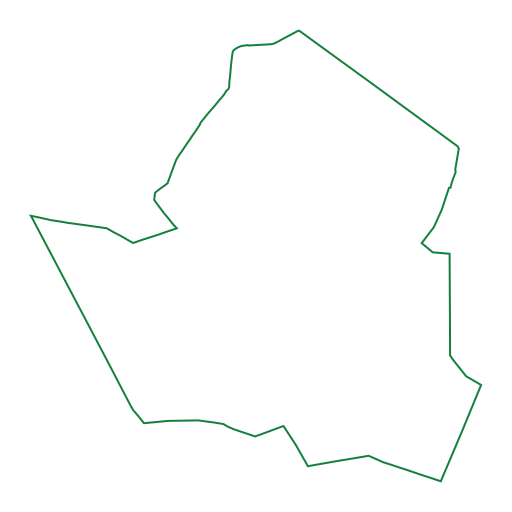 the district of Macea, Arad, Romania
{"feature_id": "2599482B60932360253726", "entity_name": "Macea", "entity_type": "district", "adm_level": 2, "iso_a3": "ROU", "parent_name": "Romania", "parent_adm1": "Arad", "projection": "robinson", "projection_center": [21.316, 46.4], "detail": "fine", "context": "isolated", "style": "outline", "palette": "green", "viewbox_px": 512, "rotation_deg": 0, "n_neighbors": 0, "source": "geoboundaries", "source_scale": "gbopen_adm2", "svg_char_len": 1776}
<svg xmlns="http://www.w3.org/2000/svg" viewBox="0 0 512 512"><path d="M383.3,462.3L390.4,464.5L394.6,465.9L421.2,474.8L440.8,481.3L459.3,437.7L461.6,432.3L481.1,385.0L466.2,376.3L452.4,359.0L450.1,355.3L449.9,312.9L449.6,253.8L432.7,252.3L421.7,243.1L433.9,227.1L441.8,209.6L444.3,202.1L449.0,187.8L450.5,187.7L451.6,183.2L453.3,178.2L455.6,172.3L455.3,169.2L457.8,154.5L458.3,151.5L458.8,148.5L458.3,147.6L458.1,147.4L457.6,146.3L388.1,95.4L386.4,94.1L299.2,30.7L297.5,31.1L283.8,38.4L277.6,41.8L273.7,43.7L271.3,44.2L257.8,45.0L250.3,45.4L248.1,45.5L247.8,45.1L241.3,46.0L237.3,47.7L233.7,50.1L233.0,51.3L232.6,52.6L231.9,57.7L231.4,61.9L231.0,65.6L230.5,71.0L230.0,77.0L229.4,81.5L229.1,87.5L228.2,89.3L226.2,91.0L225.8,91.7L223.8,94.9L219.7,99.7L215.1,105.3L210.7,110.4L207.3,114.3L204.0,118.5L200.6,122.6L199.7,124.9L196.3,130.1L192.7,135.2L189.6,139.9L187.3,143.1L184.3,147.6L182.1,150.9L179.2,154.9L176.3,159.6L175.3,162.1L174.4,164.6L171.8,171.5L169.9,176.8L167.5,183.3L164.0,186.0L160.9,188.1L159.3,189.4L155.9,192.0L155.0,193.1L154.3,199.1L154.2,199.9L156.9,203.7L160.5,208.5L164.0,213.2L167.1,216.8L170.1,220.6L173.9,225.2L176.8,228.3L174.6,229.1L170.6,230.4L164.4,232.5L158.5,234.6L150.5,237.2L142.6,239.7L137.7,241.4L133.2,243.0L132.6,242.7L126.5,239.2L120.2,235.6L113.4,232.1L106.9,228.3L100.8,227.4L94.3,226.5L88.2,225.6L82.3,224.8L74.8,223.8L67.4,222.8L63.2,222.0L57.5,221.1L51.7,220.3L45.0,218.8L38.3,217.3L30.9,215.8L32.8,219.2L34.9,223.3L82.5,313.7L109.3,364.7L130.3,405.1L133.3,410.3L138.1,415.8L143.9,423.2L168.3,420.9L198.2,420.4L214.7,422.6L223.6,424.1L227.5,426.5L233.6,429.2L255.1,436.4L261.4,434.2L283.5,426.0L295.8,444.9L307.9,466.2L311.2,465.6L336.3,461.2L368.7,455.8L379.5,460.6L383.3,462.3Z" fill="none" stroke="#15803d" stroke-width="2"/></svg>